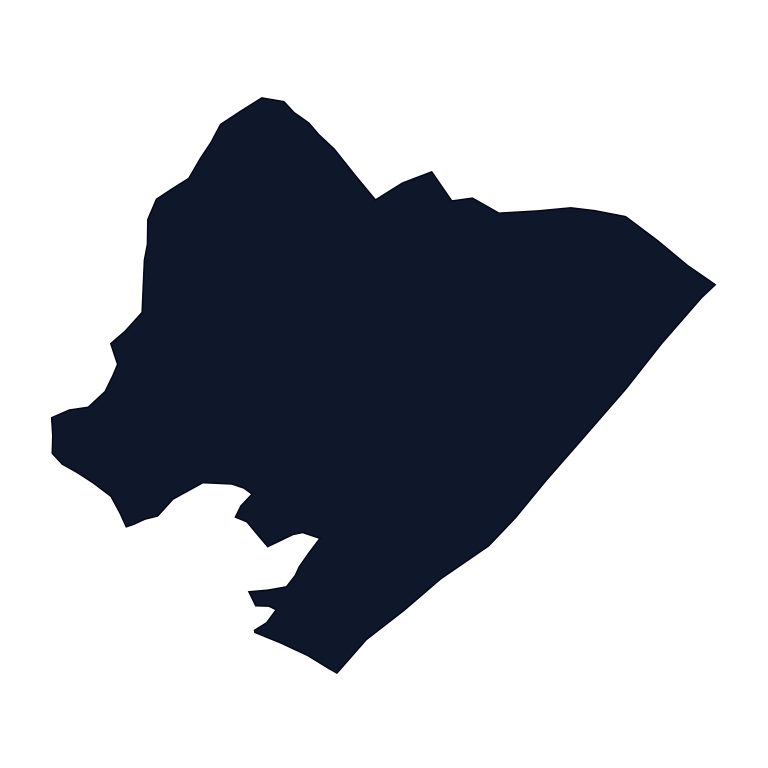 the district of Al-Samawa, Al-Muthannia, Iraq, rotated 269°
{"feature_id": "34846034B29652817116796", "entity_name": "Al-Samawa", "entity_type": "district", "adm_level": 2, "iso_a3": "IRQ", "parent_name": "Iraq", "parent_adm1": "Al-Muthannia", "projection": "equal_earth", "projection_center": [45.309, 31.221], "detail": "fine", "context": "isolated", "style": "filled", "palette": "ink", "viewbox_px": 768, "rotation_deg": 269, "n_neighbors": 0, "source": "geoboundaries", "source_scale": "gbopen_adm2", "svg_char_len": 1337}
<svg xmlns="http://www.w3.org/2000/svg" viewBox="0 0 768 768"><g transform="rotate(269 384 384)"><path d="M639.1,221.1L628.6,215.3L613.3,204.7L593.0,192.4L582.6,175.2L572.7,159.7L552.5,150.7L527.9,149.9L512.0,146.6L486.2,145.0L459.8,143.4L441.4,126.2L429.1,111.5L408.3,118.0L397.2,113.1L381.3,105.0L365.9,87.8L363.5,69.0L356.1,51.1L338.3,51.9L320.5,51.1L309.5,60.9L300.9,75.6L290.5,91.1L276.4,109.1L259.2,118.0L245.7,123.8L248.1,131.4L253.0,142.4L256.0,155.4L272.6,171.0L288.5,201.2L286.7,229.8L282.4,242.1L276.2,250.2L264.6,238.8L253.5,233.1L248.6,244.5L233.3,256.8L223.4,264.9L235.1,290.3L236.9,300.1L230.8,317.3L216.1,305.8L202.6,296.0L194.0,291.9L182.9,282.9L179.9,264.1L178.6,245.3L164.5,251.9L163.9,264.9L160.2,272.3L147.3,262.5L140.0,250.2L137.9,250.6L136.9,252.9L131.4,265.7L127.3,275.4L113.9,302.9L100.5,323.9L95.8,331.9L96.7,332.7L128.7,361.8L157.7,400.5L188.3,437.4L220.3,485.8L247.9,513.0L284.3,544.0L325.1,580.9L363.1,615.1L374.6,625.5L419.8,662.4L464.9,703.1L477.5,716.9L479.9,713.6L497.1,689.6L522.5,660.1L547.1,628.5L553.6,597.9L556.9,573.9L554.4,541.2L552.8,501.9L568.3,475.7L565.8,455.0L595.3,435.4L584.6,405.9L568.2,378.7L592.8,359.0L619.8,338.3L634.5,323.1L646.0,313.6L652.4,305.1L657.0,298.7L668.0,288.9L672.2,266.8L659.3,245.5L646.4,225.1L639.1,221.1Z" fill="#0f172a" stroke="#020617" stroke-width="1.5"/></g></svg>